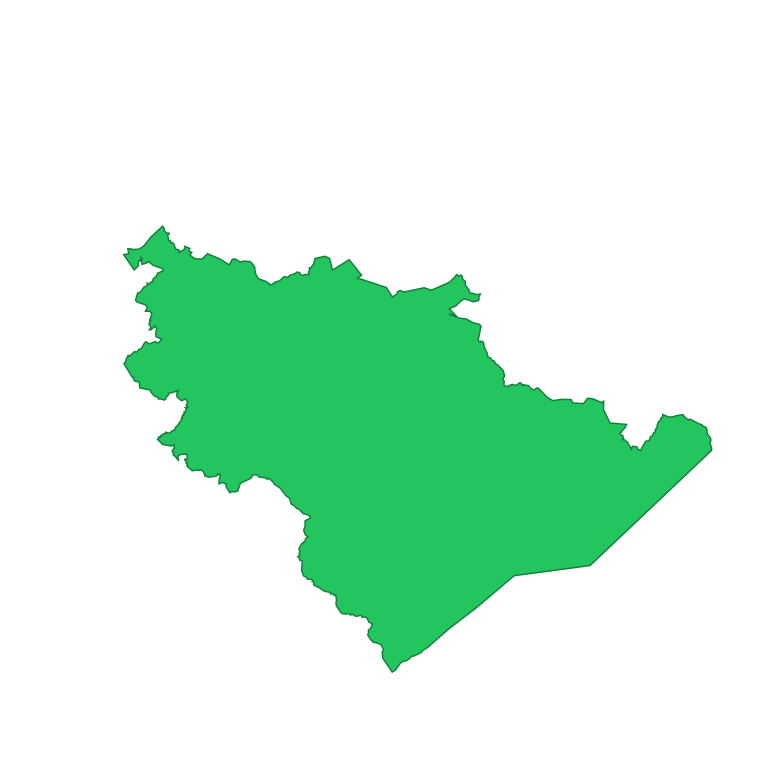 Jiménez del Teul, Zacatecas, Mexico, rotated 226°
{"feature_id": "50627088B83504179997220", "entity_name": "Jiménez del Teul", "entity_type": "district", "adm_level": 2, "iso_a3": "MEX", "parent_name": "Mexico", "parent_adm1": "Zacatecas", "projection": "mercator", "projection_center": [-103.888, 23.148], "detail": "fine", "context": "isolated", "style": "filled", "palette": "green", "viewbox_px": 768, "rotation_deg": 226, "n_neighbors": 0, "source": "geoboundaries", "source_scale": "gbopen_adm2", "svg_char_len": 6171}
<svg xmlns="http://www.w3.org/2000/svg" viewBox="0 0 768 768"><g transform="rotate(226 384 384)"><path d="M110.3,406.1L108.7,573.2L109.9,574.9L115.5,577.7L116.4,580.1L118.3,581.3L123.6,581.9L127.0,584.7L129.5,585.4L132.4,584.1L134.3,584.4L135.3,583.4L146.0,579.8L146.5,578.3L149.6,577.3L154.4,577.7L158.8,571.2L158.8,570.0L162.5,565.8L168.4,563.3L166.6,561.1L167.3,560.1L166.0,557.6L166.2,555.1L164.3,551.4L163.2,550.6L162.7,547.5L161.1,545.9L161.6,544.3L160.3,540.5L160.9,539.0L159.1,535.5L161.0,532.4L158.7,524.3L157.6,522.4L161.0,521.2L163.0,522.3L166.6,519.5L165.2,516.7L173.8,518.8L175.5,518.1L177.4,518.3L178.0,517.0L179.2,518.9L181.5,520.0L182.9,518.7L184.7,519.4L184.3,521.1L184.9,521.4L185.2,527.3L186.4,530.4L198.9,519.5L213.2,524.1L219.0,530.0L219.6,527.6L228.4,523.8L232.3,520.6L231.3,513.9L239.3,506.6L242.8,507.8L249.8,500.9L254.7,493.9L261.3,492.1L274.0,492.1L275.1,490.8L275.2,488.6L276.5,487.3L278.8,486.4L282.2,486.9L286.7,483.8L286.6,482.4L289.3,483.2L290.3,482.7L290.9,481.9L290.8,479.1L292.4,477.1L294.0,476.5L295.4,474.4L296.3,471.5L298.7,469.2L300.8,470.2L302.1,472.1L305.2,473.2L306.0,476.3L310.7,479.0L319.5,479.0L319.9,478.4L321.3,478.4L324.0,479.2L325.8,478.1L328.1,478.8L331.1,477.5L335.0,479.8L339.9,481.3L345.2,484.6L347.3,483.7L347.3,482.6L348.4,482.0L350.2,482.3L358.2,494.0L360.8,494.0L366.2,490.6L374.0,488.2L378.8,484.1L389.1,479.3L383.6,483.2L392.8,483.2L390.3,489.5L390.2,498.0L389.4,501.0L380.9,505.6L378.4,510.1L378.9,511.1L380.6,512.5L381.8,515.8L384.3,512.4L387.4,511.0L389.7,508.9L392.5,510.4L398.7,511.3L401.5,513.8L404.0,513.4L405.9,513.8L407.0,515.1L408.7,515.2L409.4,513.2L412.3,512.1L411.7,509.1L411.7,501.8L418.6,483.2L425.4,479.6L436.3,462.2L440.1,460.6L441.0,457.6L439.7,456.1L440.7,450.5L451.9,452.7L478.7,438.5L477.8,443.4L497.6,445.3L501.7,426.1L512.2,432.1L516.9,430.2L522.2,421.6L519.3,416.9L518.4,412.1L519.3,411.0L517.2,408.9L517.0,407.4L514.9,405.9L517.7,403.1L519.0,400.4L520.5,400.0L522.7,400.7L525.0,399.1L525.2,396.7L527.6,391.8L527.6,388.5L528.8,388.2L530.7,386.5L530.8,380.5L532.9,376.7L533.2,373.3L534.5,370.6L535.6,371.2L539.6,370.4L546.3,367.1L548.2,367.0L552.6,368.2L558.4,372.4L564.8,372.9L569.6,368.7L571.7,365.3L577.2,363.9L577.2,363.2L578.4,362.5L579.1,361.5L577.1,355.4L587.4,353.0L600.3,347.6L600.3,339.9L604.7,335.7L606.6,334.6L611.1,334.1L611.9,334.7L612.1,337.0L614.8,336.2L616.2,337.2L616.4,338.4L621.3,336.5L619.4,333.6L621.0,328.1L622.6,329.6L625.9,327.9L630.1,329.9L632.7,330.1L633.7,328.7L635.6,330.0L636.3,328.7L641.8,332.0L641.1,333.4L641.8,334.2L643.4,332.6L646.9,332.3L648.3,333.7L651.3,334.4L651.6,318.8L650.2,307.5L650.6,303.9L651.4,301.2L655.8,296.1L656.5,296.2L659.3,293.7L655.0,290.9L657.9,286.6L639.6,283.6L639.7,289.5L641.6,290.8L642.9,293.6L642.4,295.6L644.0,297.1L641.6,296.8L641.6,294.4L640.1,294.6L638.1,293.1L636.0,297.2L635.9,299.6L629.7,300.4L620.8,304.9L618.9,303.5L621.0,298.1L619.7,295.5L619.9,290.9L618.3,288.4L619.4,286.7L618.8,286.2L619.4,283.9L621.0,283.8L619.7,282.7L619.7,280.2L620.5,278.5L619.3,272.7L620.6,270.0L616.8,263.3L614.0,263.5L607.1,267.2L603.5,267.3L602.0,263.0L599.1,266.1L595.8,265.8L592.8,260.0L592.3,259.5L591.8,260.1L590.8,256.9L586.5,255.5L586.0,252.9L584.7,254.6L585.1,256.0L584.2,257.9L584.8,259.5L583.8,259.9L582.0,259.0L578.8,254.8L576.3,252.9L570.8,255.2L570.2,250.7L570.7,249.6L573.7,248.7L575.5,243.6L576.9,242.6L579.7,242.2L579.9,240.3L578.1,234.1L579.2,231.6L578.6,229.0L579.3,227.7L580.6,227.2L580.8,220.3L582.1,220.0L582.3,219.3L581.3,218.6L581.5,216.9L579.5,213.3L579.2,211.1L563.9,207.6L562.7,208.7L561.8,207.3L559.3,206.7L555.5,209.3L550.9,205.6L542.1,211.6L539.9,210.7L534.8,210.4L531.3,212.3L530.1,211.2L528.2,213.1L525.3,214.5L524.7,216.2L526.0,218.2L525.6,219.9L526.8,223.4L525.3,224.9L522.2,231.5L521.3,228.7L519.0,226.4L517.6,226.2L512.7,226.7L510.9,231.0L506.7,229.9L506.5,227.3L504.1,226.8L504.8,226.4L503.8,225.8L505.0,224.6L503.8,224.5L501.7,221.3L502.7,220.8L501.3,219.7L501.7,218.5L500.7,217.9L501.2,216.9L500.5,215.5L499.7,215.4L500.0,214.4L499.2,214.4L497.5,206.3L497.9,205.0L496.4,201.6L496.9,201.1L496.5,200.3L497.7,198.5L497.3,197.4L498.1,195.1L499.5,193.5L499.8,194.2L500.9,193.7L500.5,191.8L501.4,190.9L501.3,188.1L502.0,187.7L500.9,186.7L502.4,185.2L501.2,184.1L501.8,183.3L501.5,182.6L494.3,182.8L487.2,187.8L486.0,190.7L483.8,188.8L482.9,185.0L480.3,184.5L480.1,183.6L478.7,183.0L478.1,183.6L472.0,183.0L472.3,183.8L474.5,184.6L475.2,186.0L474.2,189.7L472.6,190.8L470.8,193.5L467.1,190.9L467.0,189.7L468.2,188.9L467.7,187.8L465.5,188.1L464.5,186.7L462.6,187.1L462.4,185.7L461.2,185.2L454.9,185.8L451.1,190.7L450.0,191.1L449.6,193.0L445.8,193.1L442.2,191.2L438.6,193.4L434.9,198.2L433.9,201.3L434.8,201.9L432.5,203.4L429.2,198.3L426.7,195.9L425.4,199.4L421.9,200.8L419.2,198.8L412.8,197.6L412.4,199.7L410.2,201.5L408.6,204.4L412.4,211.8L409.2,220.8L408.7,223.4L409.5,225.0L409.5,226.9L407.1,229.3L403.5,229.6L399.3,233.4L396.4,233.9L396.4,235.1L395.4,235.8L390.8,236.1L388.2,235.5L381.4,237.0L372.3,235.9L368.1,236.5L366.5,236.3L362.1,233.9L358.4,234.9L355.1,234.7L353.5,235.8L346.7,235.9L343.0,238.2L340.3,239.0L338.7,237.5L340.5,232.3L336.7,228.7L334.5,224.5L329.5,222.5L326.7,223.3L327.1,219.8L325.7,218.2L326.2,216.9L325.6,215.7L326.4,214.4L325.4,210.5L324.5,208.3L322.0,207.1L320.9,204.8L318.9,204.3L319.7,202.0L317.1,202.0L315.6,201.0L314.2,202.1L313.2,202.0L307.2,195.3L301.8,192.9L299.3,193.9L296.9,193.3L293.6,196.2L292.6,196.3L291.7,195.1L291.0,195.9L290.1,195.7L288.8,194.2L287.6,194.0L281.5,196.3L279.4,196.3L275.8,197.5L271.6,200.5L269.9,199.7L269.4,201.0L268.0,201.6L266.7,201.1L265.7,202.7L261.2,199.5L260.5,198.0L257.6,195.7L248.9,194.1L247.0,195.1L246.3,196.3L245.0,196.5L243.8,199.0L240.9,199.5L240.8,201.1L236.3,202.4L234.0,206.2L232.6,206.8L231.1,206.3L230.3,207.8L227.9,209.3L223.1,207.8L220.0,209.0L217.8,205.9L217.6,201.4L216.2,200.7L214.9,198.1L213.9,197.7L209.0,196.8L205.1,197.0L203.9,198.5L198.3,200.8L193.2,199.0L192.5,196.7L187.8,192.7L171.1,189.8L170.3,193.2L171.8,201.9L170.9,206.0L169.4,207.6L168.7,211.4L169.0,214.7L167.4,216.8L165.0,224.6L165.4,225.9L164.2,232.6L162.8,260.9L158.9,295.1L155.7,344.5L110.3,406.1Z" fill="#22c55e" stroke="#15803d" stroke-width="1.5"/></g></svg>